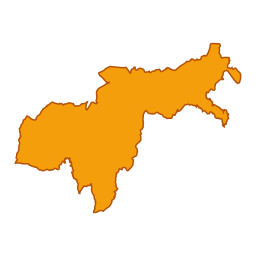 Ambato Boeni, Boeny, Madagascar
{"feature_id": "10022922B29824664852903", "entity_name": "Ambato Boeni", "entity_type": "district", "adm_level": 2, "iso_a3": "MDG", "parent_name": "Madagascar", "parent_adm1": "Boeny", "projection": "natural_earth1", "projection_center": [46.383, -16.718], "detail": "fine", "context": "isolated", "style": "filled", "palette": "amber", "viewbox_px": 256, "rotation_deg": 0, "n_neighbors": 0, "source": "geoboundaries", "source_scale": "gbopen_adm2", "svg_char_len": 5785}
<svg xmlns="http://www.w3.org/2000/svg" viewBox="0 0 256 256"><path d="M15.4,163.3L18.0,162.9L20.7,163.1L21.8,163.7L27.4,163.8L28.7,164.2L29.4,165.1L30.7,165.4L32.3,166.4L33.1,166.3L34.6,167.1L35.3,167.0L37.2,167.8L39.4,169.9L41.0,170.1L42.5,170.7L43.6,170.7L47.2,169.3L47.6,169.7L50.0,170.4L50.7,169.6L51.8,170.1L52.7,169.9L54.9,168.3L56.6,168.8L57.0,169.4L58.8,169.5L59.3,167.3L59.0,166.3L59.2,165.3L61.3,164.1L62.3,161.4L63.4,161.5L64.5,163.0L65.2,162.8L65.2,161.4L64.4,160.2L64.9,158.9L65.3,159.1L65.9,158.1L66.6,158.7L67.0,158.1L67.8,158.0L68.6,158.9L69.4,158.2L70.0,158.3L70.1,158.7L69.2,159.5L69.4,160.3L70.5,161.3L69.6,162.0L70.3,162.6L71.2,162.4L71.6,164.4L71.2,165.3L70.6,165.2L70.3,165.7L70.8,166.1L71.3,165.7L71.7,165.8L72.6,168.1L72.4,169.1L73.5,170.4L72.9,171.9L72.1,171.7L71.8,173.2L72.9,174.0L72.6,175.0L72.9,175.4L72.6,175.9L73.2,176.4L73.6,178.2L75.5,179.1L75.8,179.7L76.6,179.6L77.1,180.7L77.0,181.7L77.8,183.1L78.1,184.2L78.1,185.5L77.6,186.5L77.9,188.0L77.8,189.1L78.7,191.1L79.0,193.2L79.7,193.5L80.2,191.5L83.8,186.1L86.6,186.5L87.9,185.3L89.8,185.6L90.9,183.9L91.6,184.2L91.3,185.7L91.9,186.8L91.5,189.3L91.7,191.0L92.5,193.3L94.1,196.0L94.2,198.5L94.9,199.4L95.6,201.3L95.1,201.8L95.6,202.6L95.3,205.3L94.6,207.2L95.0,208.6L93.7,211.3L93.7,212.4L95.8,212.5L99.9,210.6L102.2,210.6L103.2,211.2L106.2,208.5L108.4,207.2L110.1,205.4L111.7,202.6L112.0,200.3L114.2,198.6L114.3,197.8L114.0,196.8L115.0,196.8L115.0,194.7L115.7,193.4L114.3,191.7L115.0,191.0L115.9,191.0L117.6,189.0L117.5,188.3L116.3,187.5L115.4,181.1L115.8,179.6L115.5,178.3L116.2,176.3L116.0,175.1L116.6,174.3L116.4,173.1L117.4,172.7L118.5,171.5L119.4,168.7L122.0,169.6L122.4,167.8L125.1,167.5L127.0,170.4L127.9,170.8L128.6,169.8L129.5,169.4L129.8,168.5L130.7,168.0L132.8,165.1L133.3,160.7L133.1,159.6L132.3,158.9L132.3,157.9L136.5,155.6L137.4,151.1L137.0,149.0L135.6,146.7L135.6,146.0L136.7,144.3L140.5,140.7L140.8,139.9L140.8,136.4L140.2,135.0L141.0,134.4L141.3,133.5L140.6,132.2L140.5,130.2L140.8,129.6L141.9,129.4L143.2,127.0L143.1,124.5L143.4,123.1L142.9,118.6L143.3,116.8L143.2,115.1L143.5,113.8L144.1,113.1L144.6,111.7L146.1,110.6L148.6,113.4L152.7,114.0L154.5,113.7L156.9,112.3L158.6,113.0L159.0,113.6L160.6,114.2L161.5,114.2L162.5,114.9L163.3,116.5L164.8,117.3L165.9,117.5L166.6,118.4L171.4,118.2L172.0,117.7L173.0,114.7L174.9,115.3L175.6,113.5L176.5,112.6L176.6,111.7L177.5,109.7L177.8,109.7L178.2,111.4L180.0,110.8L184.9,104.9L188.5,104.2L189.7,105.1L191.4,104.5L193.6,105.5L194.8,105.5L196.6,107.1L196.9,105.2L198.3,106.1L199.1,108.0L200.5,107.9L200.7,108.6L202.0,109.1L202.6,111.6L203.7,110.8L204.7,110.7L205.3,111.7L206.6,112.5L207.1,113.6L207.9,113.9L208.4,113.5L209.5,113.6L210.3,111.8L211.8,112.2L212.6,113.6L213.6,113.3L215.1,116.2L215.2,117.4L216.5,118.3L218.7,118.0L218.9,118.7L221.8,119.0L222.3,120.2L222.1,121.8L223.1,123.8L222.5,125.3L224.1,126.8L224.5,124.2L225.6,124.4L226.2,124.0L226.3,122.3L227.5,119.5L228.6,118.4L227.6,116.2L228.5,115.0L228.5,114.4L228.2,113.8L227.4,113.9L227.0,113.5L227.0,112.3L226.3,110.2L224.4,109.7L223.4,112.2L223.1,110.1L221.2,109.6L220.3,108.2L219.5,108.1L219.1,107.4L214.0,104.5L213.2,104.8L212.9,105.8L212.5,105.8L212.2,104.8L212.6,102.5L211.7,101.1L210.1,100.4L210.0,99.7L210.4,99.4L210.3,99.1L209.8,98.6L208.2,99.5L207.6,98.5L206.6,98.2L205.8,95.4L206.6,93.8L206.2,93.1L206.8,92.1L208.2,92.6L210.1,89.9L211.2,89.0L212.9,90.1L214.2,90.2L214.9,89.6L214.8,87.0L215.6,83.7L220.0,79.8L221.4,79.3L222.8,79.6L223.3,79.2L223.1,78.4L222.0,77.8L221.7,77.2L223.0,75.2L223.4,72.2L224.6,71.0L226.3,70.5L227.8,71.0L234.4,80.3L235.4,81.1L236.1,82.2L236.8,82.1L237.5,82.9L237.4,83.3L239.3,82.8L240.6,78.6L240.6,74.5L239.9,72.8L237.9,71.0L235.8,68.3L235.0,68.2L233.2,69.2L232.6,69.0L232.0,67.6L230.8,68.6L229.0,67.8L227.9,68.0L227.4,65.6L228.4,63.6L229.1,63.2L229.0,62.5L229.4,61.7L229.1,61.1L229.8,60.4L228.9,59.4L229.4,58.1L228.7,57.6L225.0,57.4L221.6,57.9L221.1,57.4L220.7,55.6L219.0,52.8L219.5,50.3L219.2,47.6L220.2,46.1L220.3,45.3L219.7,44.0L218.3,43.8L212.3,43.5L210.8,43.9L210.3,44.7L210.1,47.0L208.4,52.6L207.9,53.0L207.2,54.7L206.0,56.0L204.5,55.4L201.5,56.7L200.6,59.4L197.8,60.0L197.2,59.1L194.8,60.7L192.9,59.1L191.8,59.0L191.3,59.6L190.5,59.7L190.6,60.4L189.7,61.1L187.8,61.7L186.9,61.3L184.8,63.3L180.2,66.1L175.3,70.4L171.8,69.8L171.1,69.2L170.0,69.3L169.9,68.5L167.9,67.7L166.9,68.6L166.7,68.1L166.3,68.3L165.2,69.6L161.6,71.6L160.8,71.4L159.6,69.4L155.8,69.9L154.1,71.2L152.5,71.2L150.4,72.7L150.0,72.6L149.2,71.3L147.5,72.1L145.0,72.1L144.5,71.7L143.9,70.0L143.2,69.2L140.0,68.1L138.0,69.1L137.0,70.1L136.2,70.1L135.7,69.8L134.9,67.1L133.8,67.6L133.2,69.0L131.9,69.1L130.9,70.6L130.8,72.8L130.2,73.3L126.2,67.5L122.0,67.7L109.9,66.5L105.7,68.7L103.6,70.6L98.8,72.9L99.1,74.4L100.1,75.8L102.0,77.2L106.5,82.3L109.8,82.6L105.6,84.2L104.0,85.5L99.3,88.0L97.5,89.6L96.5,92.3L96.9,98.3L96.2,100.4L96.4,101.8L97.3,102.7L96.2,103.8L93.2,102.3L91.4,102.5L87.9,108.6L86.6,110.0L85.9,109.1L86.0,106.2L86.5,103.9L87.4,101.8L86.9,101.9L85.9,103.2L81.6,103.9L79.8,105.6L75.2,106.2L73.9,105.0L73.4,103.7L72.6,103.8L71.4,103.2L70.4,103.3L69.5,102.8L68.5,102.8L66.7,103.9L65.0,103.9L63.3,105.0L61.7,103.6L60.5,103.8L59.8,103.4L58.8,104.1L54.5,103.1L53.5,102.5L52.1,102.2L49.2,104.3L48.7,105.0L47.4,105.2L47.2,106.1L46.2,106.4L45.5,107.4L43.4,108.7L41.1,111.9L39.9,114.3L37.8,115.8L36.1,118.1L36.1,119.4L35.3,120.0L33.0,119.8L30.6,118.5L29.6,117.4L27.1,116.0L26.7,116.3L25.0,119.2L23.4,120.1L22.6,123.4L21.3,124.6L20.5,127.5L19.4,128.4L19.8,130.8L19.6,131.8L20.2,132.4L20.1,133.0L20.5,133.9L20.2,135.2L20.8,136.2L20.6,136.9L19.8,137.3L19.9,138.3L18.9,139.2L18.6,140.0L19.8,143.4L19.0,145.7L18.8,150.3L17.7,152.6L16.8,153.4L16.8,155.2L16.2,157.5L16.4,158.5L17.4,159.5L17.2,160.2L15.9,161.5L15.4,163.3Z" fill="#f59e0b" stroke="#b45309" stroke-width="1.5"/></svg>